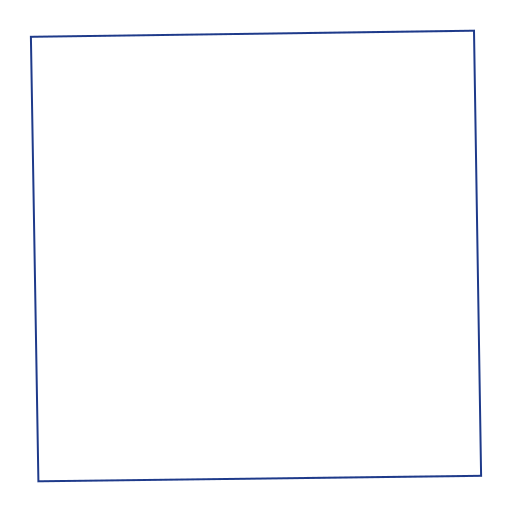 Lubbock, Texas, United States of America (orthographic projection)
{"feature_id": "52423323B93291035550773", "entity_name": "Lubbock", "entity_type": "district", "adm_level": 2, "iso_a3": "USA", "parent_name": "United States of America", "parent_adm1": "Texas", "projection": "orthographic", "projection_center": [-101.874, 33.61], "detail": "fine", "context": "isolated", "style": "outline", "palette": "blue", "viewbox_px": 512, "rotation_deg": 0, "n_neighbors": 0, "source": "geoboundaries", "source_scale": "gbopen_adm2", "svg_char_len": 181}
<svg xmlns="http://www.w3.org/2000/svg" viewBox="0 0 512 512"><path d="M30.9,36.8L38.4,481.3L481.1,475.8L474.0,30.7L30.9,36.8Z" fill="none" stroke="#1e3a8a" stroke-width="2"/></svg>